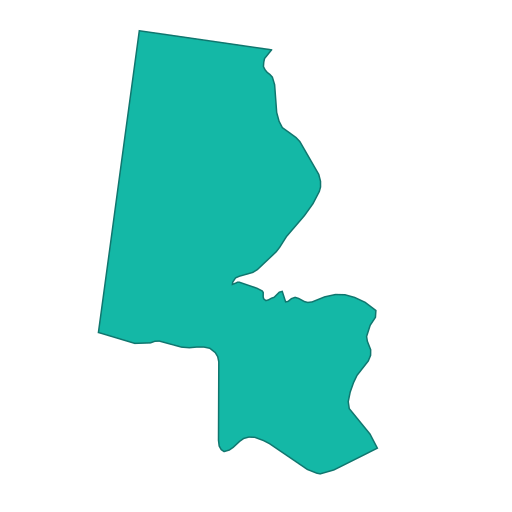 map outline of Wele-Nzás (Natural Earth projection), rotated 188°
{"feature_id": "GNQ-1471", "entity_name": "Wele-Nzás", "entity_type": "Province", "adm_level": 1, "iso_a3": "GNQ", "parent_name": "Equatorial Guinea", "parent_adm1": "", "projection": "natural_earth1", "projection_center": [10.876, 1.497], "detail": "fine", "context": "isolated", "style": "filled", "palette": "teal", "viewbox_px": 512, "rotation_deg": 188, "n_neighbors": 0, "source": "natural_earth", "source_scale": "10m", "svg_char_len": 1449}
<svg xmlns="http://www.w3.org/2000/svg" viewBox="0 0 512 512"><g transform="rotate(188 256 256)"><path d="M401.4,158.3L401.8,245.3L402.4,354.1L402.9,462.8L295.5,462.4L269.3,462.3L269.3,462.2L270.0,461.1L275.0,452.8L275.3,449.1L275.0,444.6L273.0,441.7L270.5,439.4L267.5,437.7L264.7,435.4L261.4,428.2L255.5,401.0L251.9,392.6L247.8,386.8L232.9,378.9L228.5,375.4L205.2,345.5L202.5,338.9L201.7,333.3L202.3,328.7L206.9,315.7L213.7,302.7L228.5,279.6L233.8,267.9L236.6,263.0L252.8,242.7L256.9,239.3L269.6,233.7L273.2,231.5L275.4,227.0L275.4,224.6L272.0,226.5L270.6,227.5L268.8,227.7L250.6,224.2L244.9,222.2L243.8,220.9L243.2,216.5L242.4,214.6L240.0,213.2L237.5,214.3L234.9,216.3L232.3,217.6L227.9,223.4L225.1,224.6L220.3,214.7L217.9,215.5L215.0,218.7L211.5,220.5L207.9,219.9L201.7,217.6L198.3,217.2L194.1,218.3L182.3,225.1L172.0,228.9L162.5,230.0L152.6,228.7L141.5,225.3L129.7,218.7L129.2,211.9L133.3,203.3L135.3,191.7L133.9,187.1L129.4,179.1L128.7,173.6L130.2,167.7L139.4,151.8L141.8,144.2L143.8,134.3L144.4,124.6L142.4,117.8L118.3,95.5L109.1,82.6L149.1,55.0L162.1,49.2L165.6,49.4L175.5,51.8L216.6,72.1L222.9,74.3L232.0,76.3L237.9,75.7L242.8,73.6L246.3,70.3L252.0,63.3L255.5,60.1L260.4,57.9L263.5,59.4L266.0,62.7L267.5,68.3L278.1,146.0L279.9,151.0L282.9,154.7L288.9,158.2L294.9,158.6L302.0,157.6L309.2,155.9L317.1,155.4L339.9,158.3L344.3,157.5L348.4,155.3L363.9,152.6L401.2,158.3L401.4,158.3Z" fill="#14b8a6" stroke="#0f766e" stroke-width="1.5"/></g></svg>